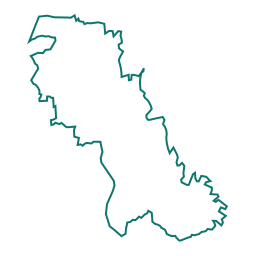 outline of Ronda Alta, Rio Grande do Sul, Brazil
{"feature_id": "56859067B71630177815930", "entity_name": "Ronda Alta", "entity_type": "district", "adm_level": 2, "iso_a3": "BRA", "parent_name": "Brazil", "parent_adm1": "Rio Grande do Sul", "projection": "equal_earth", "projection_center": [-52.739, -27.81], "detail": "fine", "context": "isolated", "style": "outline", "palette": "teal", "viewbox_px": 256, "rotation_deg": 0, "n_neighbors": 0, "source": "geoboundaries", "source_scale": "gbopen_adm2", "svg_char_len": 2700}
<svg xmlns="http://www.w3.org/2000/svg" viewBox="0 0 256 256"><path d="M141.4,72.6L138.8,76.1L133.8,74.8L131.6,75.0L131.3,79.7L128.9,80.2L128.6,74.8L121.6,77.0L121.4,72.3L120.8,68.1L120.1,65.0L118.8,60.2L119.9,57.3L123.1,51.4L120.6,49.7L119.0,48.3L118.6,44.7L121.9,42.6L121.5,39.0L120.5,35.9L121.2,31.6L118.3,31.1L113.6,36.4L112.6,31.1L109.1,30.9L105.2,33.6L105.0,31.3L104.3,23.8L98.1,22.3L91.1,23.3L87.2,23.1L84.4,24.1L83.3,21.9L81.0,21.5L79.2,21.2L78.4,18.6L76.2,20.8L74.6,15.4L70.8,17.7L66.4,17.5L54.5,17.3L47.1,15.7L39.0,16.6L34.8,27.0L29.2,41.5L31.8,39.6L35.4,38.3L37.4,36.7L42.3,35.7L45.2,36.5L48.8,36.2L51.6,37.4L55.0,37.6L55.5,40.6L50.4,49.4L45.4,49.9L43.1,53.1L38.1,52.8L30.8,56.0L32.7,58.5L33.7,60.4L35.0,63.6L37.3,65.3L38.1,68.7L31.2,80.2L33.6,84.0L35.7,84.8L38.1,87.7L39.5,90.9L39.4,94.0L41.3,94.5L40.7,96.8L39.3,98.8L39.6,101.2L47.1,100.7L47.1,96.5L49.7,96.5L51.3,97.8L53.1,97.8L53.7,107.0L55.4,106.1L56.1,118.2L53.1,119.7L50.9,120.2L51.4,125.0L53.9,124.3L55.2,122.8L59.5,124.1L61.5,122.9L66.3,127.1L68.5,127.2L75.2,126.6L74.0,130.0L74.3,136.7L78.9,137.9L77.6,144.9L80.8,144.4L82.7,145.7L84.9,143.6L86.9,142.9L91.4,143.5L93.5,141.7L100.4,141.8L101.6,148.1L102.5,151.9L100.7,158.0L101.4,162.6L113.7,180.7L114.5,185.4L112.9,190.8L107.0,204.1L105.9,214.1L109.7,226.3L112.7,228.6L115.0,230.5L121.5,236.1L125.5,233.9L126.0,228.9L127.3,222.5L130.4,221.9L132.7,219.8L135.5,220.1L139.1,216.6L141.3,217.9L144.7,214.5L147.2,213.3L148.3,210.8L151.7,212.8L152.2,218.0L152.4,221.8L155.3,224.0L157.3,224.5L160.0,225.8L161.4,227.8L165.0,229.7L166.9,234.1L171.4,236.0L175.3,235.9L176.5,237.9L179.3,240.6L181.2,240.4L182.9,239.6L188.6,237.4L190.7,236.9L191.9,234.8L194.6,235.3L199.2,233.9L201.5,232.0L205.6,231.2L207.7,229.0L212.1,229.6L215.3,225.8L214.4,222.8L213.1,220.8L216.2,220.9L221.4,225.4L222.9,222.5L221.8,219.3L225.8,215.9L218.9,211.4L220.9,207.4L225.3,209.1L226.8,206.3L218.5,199.9L215.7,201.9L213.7,200.8L218.5,196.6L217.6,194.6L210.5,194.1L211.8,190.4L211.9,187.7L204.8,184.5L206.1,182.2L210.4,181.1L206.2,176.8L201.3,175.9L198.7,181.4L196.9,181.3L195.4,178.4L195.0,172.8L192.9,174.4L188.8,184.9L186.8,184.9L181.7,182.3L181.1,179.6L183.9,176.7L183.4,173.5L184.3,165.8L182.0,162.9L179.4,165.4L177.4,165.5L176.5,162.3L177.8,157.5L177.0,154.5L173.4,147.6L169.7,153.1L168.0,148.5L167.0,144.1L166.6,141.5L166.3,138.2L166.7,133.6L166.3,130.4L164.9,126.7L163.0,124.1L164.5,120.0L162.7,117.0L156.3,118.3L150.0,119.8L148.0,119.8L146.5,117.8L146.4,115.1L150.2,110.9L151.7,108.9L150.6,105.3L148.7,101.6L146.9,99.4L145.4,98.4L143.8,95.8L144.8,93.2L142.9,91.4L140.5,89.7L139.9,82.4L140.3,77.9L141.4,72.6ZM141.4,72.6L143.3,71.4L143.9,68.3L141.4,72.6Z" fill="none" stroke="#0f766e" stroke-width="2"/></svg>